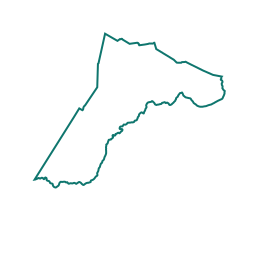 Mangulile, Olancho, Honduras (Albers equal-area conic projection), rotated 210°
{"feature_id": "27666195B89076502999157", "entity_name": "Mangulile", "entity_type": "district", "adm_level": 2, "iso_a3": "HND", "parent_name": "Honduras", "parent_adm1": "Olancho", "projection": "albers", "projection_center": [-86.874, 15.136], "detail": "fine", "context": "isolated", "style": "outline", "palette": "teal", "viewbox_px": 256, "rotation_deg": 210, "n_neighbors": 0, "source": "geoboundaries", "source_scale": "gbopen_adm2", "svg_char_len": 5760}
<svg xmlns="http://www.w3.org/2000/svg" viewBox="0 0 256 256"><g transform="rotate(210 128 128)"><path d="M62.7,208.4L64.3,208.7L66.1,209.6L66.7,210.9L66.9,211.3L67.3,211.7L68.1,212.1L69.0,213.2L69.0,213.3L69.1,213.7L69.1,214.8L69.2,215.1L69.3,215.3L69.7,215.7L70.2,216.1L71.7,216.2L71.8,216.3L72.0,216.6L72.0,217.3L72.1,217.9L72.2,218.1L72.7,218.8L72.6,219.4L80.9,216.5L91.7,215.3L105.8,214.4L109.6,214.2L111.2,214.2L111.9,213.5L112.5,213.1L113.0,212.8L114.1,212.1L114.3,211.9L114.6,211.1L115.4,210.6L117.4,209.5L118.2,209.1L118.6,209.0L122.4,210.0L143.0,210.5L147.8,215.0L148.0,214.9L148.2,214.5L148.4,214.0L148.8,213.5L149.1,213.3L150.8,212.4L151.5,212.0L151.7,211.9L152.4,211.2L152.5,211.1L152.6,210.9L155.2,208.7L159.6,205.3L159.9,205.4L160.4,206.1L160.6,206.1L160.8,206.1L161.0,206.2L161.5,206.6L161.8,206.6L162.0,206.4L162.5,206.5L162.7,206.4L168.7,201.7L177.0,201.9L177.5,202.2L177.8,202.2L178.2,202.0L178.4,201.7L178.9,201.1L179.0,201.0L179.4,201.0L180.7,198.2L195.0,198.2L185.9,169.3L186.1,168.5L175.0,147.9L176.5,125.9L176.7,125.7L176.9,124.6L176.9,123.9L176.8,123.4L176.2,121.7L176.2,121.0L176.4,120.6L180.0,120.6L180.3,109.9L183.1,36.6L182.6,37.0L182.3,37.3L181.8,38.1L181.1,38.9L181.0,39.0L180.9,39.4L180.6,39.8L180.4,40.0L180.1,40.1L179.1,40.2L178.8,40.3L178.6,40.5L178.4,40.9L178.2,41.3L178.0,41.6L177.7,41.8L177.2,42.0L176.7,42.1L176.1,41.9L175.8,41.7L175.6,41.6L175.4,41.6L175.2,41.7L175.0,42.0L174.9,42.3L175.0,43.2L175.0,43.4L174.8,43.8L174.4,43.9L173.8,43.9L173.6,43.8L173.4,43.7L173.2,43.4L172.5,42.4L172.3,42.2L172.1,42.1L171.7,42.1L171.1,42.2L170.8,42.2L170.0,42.5L169.7,42.5L169.1,42.3L168.4,41.8L168.0,41.5L167.7,41.4L167.2,41.5L165.9,41.9L165.5,41.9L165.3,41.8L165.1,41.7L164.7,41.2L164.2,40.6L163.1,40.1L162.6,40.0L162.1,40.0L161.5,40.1L160.9,40.3L160.7,40.5L160.5,40.8L160.0,42.0L159.5,43.1L159.4,43.4L159.4,43.7L159.4,44.1L159.8,45.9L159.8,46.5L159.7,46.9L159.6,47.3L159.5,47.6L159.3,47.8L159.0,48.0L158.6,48.1L158.1,48.3L157.1,49.1L156.0,49.8L155.3,50.0L154.6,49.9L154.3,49.9L154.1,50.1L153.6,50.6L152.9,50.5L152.3,50.2L151.9,50.1L151.6,50.1L151.4,50.2L151.0,50.5L150.5,51.1L150.3,51.3L149.8,51.6L148.6,52.1L148.3,52.3L147.4,53.4L146.9,53.7L146.7,53.8L145.4,53.7L145.1,53.8L144.8,53.9L144.6,54.4L143.6,56.4L143.3,56.8L143.0,56.9L142.5,57.0L141.8,57.0L141.2,56.9L140.1,56.5L138.6,56.3L138.3,56.3L138.1,56.4L137.8,56.7L137.0,58.7L136.3,59.7L135.7,60.3L135.0,60.7L133.6,62.2L133.4,62.5L133.8,63.6L133.8,63.8L133.8,64.0L133.7,64.2L133.2,64.7L132.6,65.5L132.4,65.8L132.1,66.5L131.9,67.1L131.8,67.7L131.6,69.7L131.4,70.3L130.9,71.2L130.9,71.5L130.9,71.9L132.1,73.4L132.2,74.3L132.2,75.3L132.3,76.0L132.4,76.4L132.9,77.8L133.1,78.3L133.1,78.8L132.9,79.7L132.9,80.2L133.4,82.1L133.6,83.5L133.6,83.8L133.3,84.3L133.2,84.9L133.2,85.3L133.5,86.0L133.6,86.4L133.6,86.8L133.2,88.0L133.2,89.0L133.6,90.4L133.8,91.5L133.8,92.0L133.8,92.6L134.0,94.0L134.2,94.9L134.4,95.4L134.9,96.2L135.5,97.3L136.2,98.2L136.6,99.2L137.1,99.8L137.5,100.5L137.6,100.8L137.9,101.8L138.5,102.7L138.5,102.9L138.4,103.1L138.0,104.2L138.0,104.6L138.3,105.6L138.4,106.3L138.7,107.7L138.7,108.1L138.5,108.4L138.0,108.7L137.4,109.2L137.1,109.4L137.0,109.7L137.1,110.0L136.7,110.7L136.3,111.7L136.3,111.9L136.3,112.2L136.6,113.2L136.9,113.3L137.3,113.3L137.5,113.5L137.6,114.0L137.5,114.4L137.4,114.5L137.2,114.6L136.2,114.6L135.7,114.8L135.5,115.0L135.4,115.3L135.4,115.7L135.4,115.9L135.7,116.3L135.7,116.6L135.1,117.2L134.3,118.8L134.1,119.0L133.8,119.1L132.9,119.1L132.7,119.3L132.6,119.5L132.3,121.1L132.1,121.7L131.8,122.3L131.7,122.7L131.7,123.0L131.9,123.6L132.1,123.9L132.4,124.0L132.8,124.0L133.2,123.8L133.8,123.3L134.0,123.2L134.5,123.1L134.8,123.2L135.1,123.5L135.3,124.1L135.4,124.7L135.4,125.1L135.3,125.3L135.2,125.5L134.6,126.0L133.6,126.7L133.6,127.0L133.5,127.9L133.4,128.8L132.7,129.2L132.1,129.5L131.8,129.7L131.6,130.0L131.1,131.0L131.0,132.0L130.9,132.3L130.4,132.7L129.8,133.1L128.6,133.9L127.5,134.9L127.3,135.0L126.9,135.1L126.6,135.3L126.2,135.7L125.9,136.1L125.8,136.5L125.8,137.6L125.7,137.7L125.5,138.0L125.0,138.4L124.7,138.8L124.5,139.0L124.4,139.3L124.4,139.6L124.5,140.2L124.5,141.0L124.9,142.3L124.6,143.6L125.1,145.1L125.1,146.0L124.7,147.2L124.3,148.1L124.2,148.2L124.1,148.3L123.7,148.4L123.0,148.4L122.0,148.3L121.8,148.4L121.7,148.5L121.7,148.9L121.9,149.4L122.0,149.7L122.0,151.4L122.1,152.2L122.3,152.9L122.4,153.3L122.4,153.8L122.3,154.6L122.3,155.0L122.5,155.5L123.4,156.4L123.6,156.8L123.7,157.2L123.8,158.5L123.6,159.6L123.5,159.9L123.1,160.5L122.7,160.8L122.3,161.2L121.1,162.2L120.9,162.5L120.7,163.2L120.6,163.3L120.0,163.4L119.4,163.2L118.0,162.9L117.3,162.6L116.6,162.1L116.4,162.0L115.0,162.1L114.2,162.9L113.1,163.7L112.3,164.6L111.4,165.3L111.2,165.7L111.1,166.0L111.1,166.5L111.0,166.8L109.9,167.9L109.5,168.4L109.1,168.7L108.7,168.7L108.1,168.5L107.8,168.5L107.6,168.6L107.0,169.4L106.8,169.5L106.6,169.6L105.1,169.5L103.9,168.8L103.4,168.8L103.1,168.9L102.5,169.6L102.1,170.2L101.8,171.3L101.6,171.9L101.3,172.6L101.1,173.9L100.7,175.1L100.9,176.0L100.8,176.8L101.2,177.7L101.2,178.1L101.1,178.7L100.7,179.6L100.6,179.9L100.6,180.3L100.8,181.4L100.7,182.0L100.6,182.7L100.5,183.9L100.4,184.2L100.2,184.4L100.0,184.6L99.6,184.8L99.4,185.1L99.2,185.5L98.8,185.7L98.5,185.5L97.4,184.8L96.4,183.9L96.0,183.7L95.2,183.7L94.6,183.5L93.7,183.4L93.3,183.4L90.3,184.3L89.2,184.7L88.7,184.8L88.3,184.7L86.9,183.9L85.8,183.6L85.1,183.4L84.0,182.7L83.6,182.5L82.9,182.4L81.1,182.3L80.5,182.2L79.9,182.0L79.0,181.9L77.1,182.2L75.9,182.6L74.2,183.6L72.6,185.0L71.4,185.9L69.7,188.0L68.1,189.6L67.5,190.2L67.1,191.0L65.9,192.8L65.5,193.6L63.6,196.7L62.4,198.4L61.3,199.9L61.1,200.3L61.0,200.6L61.0,201.4L61.2,202.8L61.2,203.6L61.4,204.8L61.6,206.0L62.3,207.2L62.7,208.4Z" fill="none" stroke="#0f766e" stroke-width="2"/></g></svg>